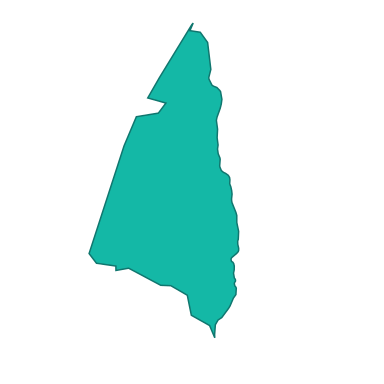 the district of Lincoln, Georgia, United States of America, rotated 46°
{"feature_id": "52423323B92715083029415", "entity_name": "Lincoln", "entity_type": "district", "adm_level": 2, "iso_a3": "USA", "parent_name": "United States of America", "parent_adm1": "Georgia", "projection": "orthographic", "projection_center": [-82.396, 33.811], "detail": "fine", "context": "isolated", "style": "filled", "palette": "teal", "viewbox_px": 384, "rotation_deg": 46, "n_neighbors": 0, "source": "geoboundaries", "source_scale": "gbopen_adm2", "svg_char_len": 1295}
<svg xmlns="http://www.w3.org/2000/svg" viewBox="0 0 384 384"><g transform="rotate(46 192 192)"><path d="M116.9,93.3L95.3,76.9L82.8,75.1L74.5,81.4L71.3,73.8L71.5,75.9L87.1,136.0L93.6,158.5L109.9,149.0L111.9,161.4L99.2,179.7L111.6,208.8L164.8,308.8L176.9,310.2L192.4,298.2L195.6,301.2L202.8,290.5L237.4,279.3L244.7,272.3L263.0,267.1L280.2,278.1L300.3,272.1L312.7,276.9L310.4,274.9L303.7,267.4L302.2,262.2L303.0,257.7L301.1,246.5L300.4,243.8L297.1,236.0L296.3,231.7L291.9,226.9L290.3,226.4L289.5,226.5L287.4,225.3L286.7,224.3L286.4,222.8L285.8,222.1L284.9,221.5L283.3,221.3L279.2,218.5L277.3,215.7L274.6,213.0L272.4,211.7L270.8,211.4L269.4,211.8L267.5,210.7L266.9,209.6L266.8,208.7L267.2,202.3L267.0,200.2L266.4,199.0L264.9,197.5L261.4,195.4L259.0,193.2L258.2,191.6L252.7,185.8L245.1,181.0L240.0,176.1L237.2,174.6L227.4,170.6L225.9,169.6L224.5,168.4L221.4,164.7L218.4,162.4L215.3,160.5L212.3,159.2L209.6,156.3L207.7,154.9L205.2,154.3L201.9,154.9L199.8,155.7L197.0,156.0L193.4,154.6L192.3,153.8L188.1,149.1L187.0,148.3L182.7,146.6L178.8,143.8L176.3,140.6L170.4,136.2L164.6,130.0L157.4,124.7L155.6,122.1L151.4,113.6L149.1,109.9L146.1,106.1L139.6,101.7L138.3,101.5L134.1,101.5L130.9,103.0L129.0,103.4L122.6,101.4L121.3,100.4L116.9,93.3Z" fill="#14b8a6" stroke="#0f766e" stroke-width="1.5"/></g></svg>